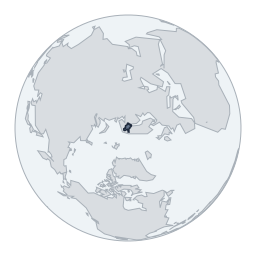 Lapland highlighted on a globe, orthographic projection, rotated 221°
{"feature_id": "FIN-3176", "entity_name": "Lapland", "entity_type": "Province", "adm_level": 1, "iso_a3": "FIN", "parent_name": "Finland", "parent_adm1": "", "projection": "orthographic", "projection_center": [25.412, 67.834], "detail": "coarse", "context": "on_globe", "style": "filled", "palette": "slate", "viewbox_px": 256, "rotation_deg": 221, "n_neighbors": 0, "source": "natural_earth", "source_scale": "10m", "svg_char_len": 11008}
<svg xmlns="http://www.w3.org/2000/svg" viewBox="0 0 256 256"><g transform="rotate(221 128 128)"><circle cx="128" cy="128" r="113" fill="#eef3f6" stroke="#a8b0b8"/><path d="M18.6,101.1L19.7,97.6L20.5,94.8L20.7,93.6L24.5,83.7L27.0,78.7L44.8,52.4L48.0,49.3L50.1,47.9L66.7,37.5L54.6,43.6L59.0,40.3L64.5,37.0L63.8,37.9L70.8,35.3L76.2,32.7L84.8,31.8L90.6,36.0L87.4,36.6L89.1,37.7L93.2,37.1L95.5,36.4L107.2,40.3L120.9,40.5L125.1,38.1L124.3,40.7L132.2,34.6L139.6,33.7L131.3,36.3L130.5,37.8L135.5,37.9L135.8,39.5L138.4,40.6L138.2,42.5L133.4,44.0L133.2,45.4L136.7,45.4L138.9,47.5L133.6,47.2L136.8,50.9L129.3,54.4L115.4,52.7L111.2,56.7L97.0,60.8L98.3,62.2L93.7,64.9L93.5,67.6L90.9,67.7L93.0,69.9L95.4,69.3L97.1,70.0L97.3,71.7L94.0,72.0L93.4,71.3L92.5,72.2L90.8,71.7L91.7,72.9L87.7,73.2L91.8,75.3L88.7,77.6L86.1,77.1L86.2,74.0L80.4,65.8L77.7,64.6L73.8,66.0L66.7,75.0L63.8,75.1L59.9,77.6L61.6,78.9L65.1,77.5L67.2,80.6L71.4,78.6L72.8,79.7L77.1,79.0L76.6,82.6L73.7,86.4L70.1,87.2L68.7,88.9L72.3,91.1L65.6,95.4L61.4,103.5L59.7,104.4L56.2,100.6L56.0,93.2L51.4,88.9L54.4,95.3L50.1,97.5L49.4,99.4L49.7,101.4L51.4,102.0L49.9,103.5L46.4,97.7L47.6,96.2L48.8,98.0L48.6,94.6L46.2,90.9L44.2,92.5L42.7,85.7L41.2,86.7L40.1,85.9L42.5,84.7L38.1,86.9L36.0,80.2L29.9,84.2L35.8,77.2L37.8,73.1L39.7,68.5L38.7,69.1L42.7,62.7L43.9,58.3L41.0,58.9L36.9,63.0L32.9,69.7L33.2,70.6L31.2,75.3L29.3,75.0L25.1,84.3L23.6,86.1L22.0,90.2L20.7,94.3L19.2,99.7L19.2,101.5L18.9,106.1L17.6,108.6L18.4,109.5L17.5,113.8L17.4,124.9L17.1,124.6L16.9,137.0L18.7,148.8L19.1,153.0L18.7,152.9L19.7,156.9L19.8,157.7L25.7,173.5L30.3,182.9L31.1,185.3L30.2,183.9L26.3,176.3L22.9,168.4L20.1,160.3L18.0,152.0L16.4,143.6L15.6,135.1L15.4,126.5L15.8,118.0L16.9,109.5L18.6,101.1ZM28.4,84.8L23.8,97.0L24.8,91.2L24.9,92.0L26.4,88.7L28.7,83.2L30.0,78.4L28.4,84.8ZM137.4,15.8L136.7,15.7L136.8,15.7L137.4,15.8ZM29.9,87.6L30.6,85.7L30.2,87.5L29.9,87.6ZM96.5,35.9L93.3,36.9L89.5,37.0L92.1,35.9L96.5,35.9ZM103.8,36.4L102.4,37.2L100.6,35.7L101.9,35.7L103.8,36.4ZM128.1,36.1L125.4,36.3L127.9,35.5L128.1,36.1ZM138.7,40.4L139.4,39.8L140.5,40.6L138.7,40.4ZM77.1,77.2L77.1,78.1L76.3,77.7L77.1,77.2ZM79.0,76.0L78.1,75.0L78.9,74.3L79.4,75.0L79.0,76.0ZM141.2,44.3L142.7,45.8L140.3,44.6L141.2,44.3ZM80.0,77.5L80.3,73.2L81.7,72.1L84.9,73.7L80.0,77.5ZM143.0,46.9L146.6,50.6L148.4,49.6L145.4,54.5L143.3,49.7L140.1,48.2L142.4,48.1L143.0,46.9ZM96.1,68.4L93.6,69.1L95.6,67.1L96.1,68.4ZM97.0,66.9L100.8,59.8L104.6,59.6L102.6,62.0L107.5,60.7L107.5,64.1L104.8,65.6L102.3,65.0L104.2,66.8L97.0,66.9ZM143.1,56.7L143.2,57.8L142.1,56.9L143.1,56.7ZM98.0,70.2L98.4,68.7L101.8,68.5L101.5,71.4L100.5,70.5L98.0,70.2ZM108.7,58.7L111.2,59.1L111.9,62.0L112.9,62.6L107.8,64.2L108.7,58.7ZM99.8,71.4L101.3,72.9L99.8,74.5L97.8,71.6L99.8,71.4ZM102.7,67.2L104.3,67.3L103.3,68.2L102.7,67.2ZM95.4,81.2L95.9,79.3L97.6,79.0L95.4,81.2ZM102.0,73.4L102.5,72.8L103.2,72.5L103.9,73.8L102.0,73.4ZM108.6,66.2L108.4,67.3L110.8,65.6L111.4,67.8L107.8,68.5L109.6,69.1L109.8,69.8L106.7,69.7L108.6,66.2ZM106.8,74.2L102.5,76.0L101.4,79.5L99.7,79.8L101.9,74.2L106.8,74.2ZM107.0,71.5L106.5,73.3L104.8,72.8L104.0,71.3L107.0,71.5ZM113.0,69.0L113.0,65.5L113.8,65.5L113.0,69.0ZM106.8,75.3L107.8,74.9L106.9,75.6L106.8,75.3ZM111.5,71.0L111.4,69.8L112.3,69.8L111.5,71.0ZM110.0,75.0L108.6,75.6L108.1,74.6L110.0,75.0ZM111.0,73.3L112.2,73.6L108.7,73.9L110.8,72.7L111.0,73.3ZM112.4,71.2L112.8,70.8L112.3,71.7L112.4,71.2ZM112.9,78.6L108.6,79.2L107.4,77.0L111.7,76.6L112.9,78.6ZM106.0,238.5L102.3,237.3L105.5,236.7L104.5,235.2L95.8,228.8L97.7,226.0L95.3,223.9L90.5,222.9L87.7,220.1L84.8,219.0L66.2,211.6L60.5,205.5L53.7,190.9L57.0,189.0L57.5,183.7L80.5,175.5L85.4,179.1L103.5,182.0L105.7,183.3L103.7,188.1L117.3,196.1L121.6,192.4L133.9,195.6L142.0,194.6L144.9,184.9L131.5,186.2L129.2,181.5L139.8,176.3L151.4,174.8L150.9,173.0L143.5,169.9L146.1,165.6L140.9,168.4L143.1,170.2L139.9,172.1L137.7,170.6L138.7,169.1L135.2,168.5L131.3,176.0L133.0,178.6L123.8,180.1L125.9,184.6L123.4,186.6L119.0,179.7L119.4,177.2L111.3,168.7L110.0,171.5L117.6,179.7L115.3,178.9L113.6,183.0L113.0,179.3L105.1,169.8L96.8,169.5L86.2,176.8L81.3,175.6L77.2,171.4L81.0,161.6L91.5,165.4L93.0,162.2L90.8,155.7L94.2,157.5L94.6,155.4L98.5,156.4L104.1,152.6L108.1,153.0L110.3,146.5L112.6,145.9L110.7,149.9L111.5,153.0L121.4,153.8L123.4,152.5L123.9,148.3L126.6,149.1L125.9,144.9L131.6,143.2L124.1,141.8L124.6,137.0L128.0,133.3L126.8,131.6L121.2,137.6L120.2,140.2L121.5,142.8L117.6,150.1L114.2,150.9L113.1,142.6L108.2,142.9L109.5,136.4L123.8,123.9L129.7,121.4L139.6,127.3L138.3,130.5L134.0,130.0L138.0,134.9L137.7,132.4L139.9,133.1L140.9,128.9L142.5,129.3L140.7,124.7L142.8,124.7L143.9,127.6L147.3,121.5L151.6,120.3L151.6,118.8L150.3,117.5L156.7,117.0L156.4,115.9L154.2,115.6L152.2,113.3L151.0,109.0L153.3,109.1L154.0,110.6L158.9,114.0L160.5,118.3L161.3,117.9L160.5,114.2L154.5,110.1L153.2,107.5L156.3,109.0L155.0,108.3L155.1,107.0L157.3,105.9L154.0,104.0L151.6,90.7L155.5,87.4L158.5,90.1L159.2,81.3L163.7,78.5L161.6,78.2L160.6,74.0L159.2,74.8L158.1,74.4L154.7,64.3L155.7,62.1L152.0,57.7L150.9,57.6L150.0,58.9L145.4,54.5L148.4,49.6L150.7,50.1L151.1,46.9L156.1,48.5L160.5,48.4L165.7,52.3L168.7,52.0L168.5,50.7L172.5,49.5L181.2,51.6L174.9,55.3L162.0,54.0L167.4,54.9L166.4,56.4L168.5,57.7L172.2,58.4L172.5,57.4L179.7,67.4L189.2,73.0L188.0,68.2L190.0,66.4L199.7,69.3L212.7,84.0L215.5,82.3L217.6,83.4L219.2,87.5L216.3,85.9L215.5,88.5L213.6,87.1L215.2,93.3L212.6,91.6L215.2,97.4L217.3,97.1L216.8,92.1L220.2,98.1L223.2,95.6L226.7,97.9L231.8,110.7L232.5,120.3L233.2,121.7L231.9,123.9L232.5,129.9L236.9,128.9L237.7,130.5L237.6,140.0L237.2,139.1L233.7,144.9L234.8,149.9L237.5,146.3L238.5,147.3L237.2,151.2L235.9,150.6L234.7,152.6L233.8,148.9L230.3,146.9L228.9,152.6L227.8,150.4L222.9,150.7L220.2,158.6L216.6,174.0L218.1,180.0L216.1,185.5L208.6,183.2L205.0,178.5L202.5,181.7L194.7,180.9L181.7,189.2L179.7,188.1L177.3,190.5L171.8,190.9L168.7,188.6L165.4,190.2L173.7,196.1L177.2,194.2L179.9,189.2L181.6,191.7L186.9,191.5L181.6,201.8L162.1,215.5L160.0,211.1L143.9,198.9L144.3,196.8L144.2,196.6L144.0,196.2L142.8,199.7L139.9,196.6L148.7,206.9L150.3,211.1L161.8,215.8L160.8,216.9L164.4,217.2L175.8,211.1L175.9,212.6L170.7,221.1L154.8,232.4L156.8,234.9L155.4,236.7L145.3,239.2L145.6,239.3L137.7,240.2L129.8,240.6L121.8,240.5L113.9,239.8L106.0,238.5ZM72.7,183.2L72.1,184.8L72.7,183.2ZM164.0,177.7L170.8,175.3L167.3,170.1L169.7,168.8L167.6,167.6L167.0,169.8L162.0,166.0L164.8,162.9L163.7,160.2L161.4,160.9L157.1,167.4L164.3,172.7L162.9,175.9L164.0,177.7ZM17.5,125.3L17.3,127.1L17.2,125.3L17.5,125.3ZM24.2,91.2L23.6,93.5L23.0,95.0L23.3,93.4L24.2,91.2ZM21.3,110.2L21.0,113.0L21.0,110.4L21.3,110.2ZM23.3,98.9L21.5,108.0L21.4,103.4L22.7,97.7L22.3,101.1L23.3,98.9ZM28.5,87.7L28.0,89.2L27.6,89.1L28.5,87.7ZM29.6,88.9L29.7,88.4L30.3,87.5L29.6,88.9ZM50.3,97.8L50.5,98.3L50.5,100.4L49.7,99.6L50.3,97.8ZM54.7,109.1L52.2,111.4L53.5,109.1L52.0,108.4L52.8,102.8L58.9,104.5L56.0,104.7L54.7,109.1ZM55.5,96.0L54.3,99.2L55.4,95.6L55.5,96.0ZM92.9,143.2L94.3,145.2L92.8,147.4L87.7,147.2L89.8,144.0L92.9,143.2ZM96.5,147.6L96.9,139.6L100.1,139.5L98.3,140.9L100.3,141.6L97.9,144.1L100.6,152.0L99.4,154.5L90.6,152.5L94.1,151.8L92.6,149.8L96.5,147.6ZM92.3,120.3L92.5,117.1L99.1,121.0L98.2,123.5L93.0,123.4L91.2,120.4L92.3,120.3ZM85.5,81.4L85.2,80.1L86.1,80.0L87.1,81.0L85.5,81.4ZM95.5,80.3L88.0,86.7L87.2,85.6L83.8,90.9L80.4,90.0L82.7,86.6L77.6,89.9L78.3,86.5L75.0,89.1L80.6,81.6L81.1,78.8L81.8,82.3L84.9,83.1L86.4,82.7L91.0,79.2L93.5,73.7L97.0,73.8L98.8,75.3L98.7,76.6L96.5,76.1L98.0,78.3L94.7,78.6L95.5,80.3ZM117.7,95.0L115.1,93.5L117.6,98.5L114.3,98.6L114.8,99.2L112.4,100.7L110.4,103.5L108.9,103.1L108.8,104.4L107.2,105.5L106.5,107.1L103.6,107.0L102.5,109.0L101.7,107.8L100.6,111.4L100.1,108.6L98.1,109.8L99.7,111.9L85.5,107.5L80.0,108.0L75.7,110.0L75.4,105.2L79.2,100.3L85.1,96.3L90.4,96.6L89.3,94.4L91.6,93.9L91.5,95.8L93.0,92.7L94.8,92.8L100.0,89.6L100.9,85.0L102.9,83.8L103.4,85.7L104.9,83.2L107.3,85.9L108.7,85.1L112.4,87.0L112.7,91.1L114.2,89.9L117.1,91.4L117.7,95.0ZM113.8,79.2L114.9,84.0L113.6,86.5L107.6,82.1L106.0,82.5L102.1,79.9L104.1,76.4L105.0,77.4L106.4,77.7L105.2,78.7L107.2,78.0L108.5,79.5L110.4,79.4L110.2,81.0L113.8,79.2ZM108.3,181.8L110.1,182.3L112.8,182.4L111.8,185.0L108.3,181.8ZM102.8,175.4L104.4,175.4L104.3,179.0L102.5,178.5L102.8,175.4ZM105.3,172.3L104.4,175.1L103.8,173.3L105.3,172.3ZM112.1,149.7L113.8,149.4L114.0,150.4L113.0,151.8L112.1,149.7ZM124.3,110.2L123.0,108.8L123.5,108.2L122.8,104.3L125.2,104.0L126.5,106.2L124.3,110.2ZM142.6,186.9L140.2,189.0L139.0,188.3L140.0,187.7L142.6,186.9ZM125.3,187.9L129.2,189.1L125.0,188.6L125.3,187.9ZM126.8,109.2L126.2,107.6L127.7,108.4L126.8,109.2ZM126.8,103.5L128.7,104.1L125.3,103.5L126.8,103.5ZM160.5,235.8L163.3,234.6L169.4,232.1L172.4,230.2L174.0,230.3L169.7,232.6L160.5,235.8ZM238.1,152.0L237.2,155.3L233.3,159.7L234.7,156.1L238.3,148.9L238.2,150.2L239.0,147.1L238.9,147.8L238.1,152.0ZM240.0,139.6L239.9,139.4L240.0,137.0L240.3,134.3L239.8,119.8L239.9,117.2L240.4,122.1L240.4,121.1L240.6,130.3L240.0,139.6ZM218.6,180.1L221.0,180.8L219.7,183.2L218.6,180.1ZM238.4,112.6L239.4,118.6L238.1,112.3L238.4,112.6ZM237.0,107.9L237.5,108.6L237.1,109.4L237.0,107.9ZM234.3,123.1L234.1,126.1L233.5,125.5L233.5,121.3L234.3,123.1ZM229.3,99.8L231.3,101.9L232.0,103.1L230.9,103.2L229.3,99.8ZM146.2,104.9L144.6,110.7L145.1,114.9L147.8,117.1L143.3,116.5L142.6,110.1L146.2,104.9ZM150.7,92.4L148.3,90.7L149.7,89.9L150.5,90.2L150.7,92.4ZM148.9,92.5L145.2,93.3L144.2,91.3L147.3,91.0L148.9,92.5ZM136.0,101.2L135.4,102.9L134.1,102.2L136.0,101.2ZM238.4,105.9L238.4,107.5L239.0,110.9L237.3,102.9L237.7,102.7L238.4,105.9ZM237.6,105.1L238.2,108.4L237.2,104.3L237.6,105.1ZM238.0,108.5L237.5,107.7L237.3,105.8L238.0,108.5ZM237.4,103.8L236.3,101.4L236.7,101.4L237.4,103.8ZM236.1,106.2L236.7,103.4L236.9,108.6L234.4,105.4L234.1,102.8L236.1,106.2ZM218.3,78.5L217.0,78.2L216.0,75.7L217.2,76.6L218.3,78.5ZM211.6,67.7L215.3,75.0L218.1,81.1L218.4,79.8L221.1,82.5L219.4,83.6L215.7,78.2L214.0,73.9L211.5,72.1L208.8,68.4L205.9,67.5L204.0,65.6L206.2,65.1L211.6,67.7ZM204.7,67.4L198.6,65.0L197.8,61.1L198.9,60.7L202.1,63.4L202.3,65.3L204.7,67.4ZM196.9,63.3L197.0,65.2L188.4,66.3L186.3,65.6L192.5,62.5L193.0,64.1L195.2,64.6L196.9,63.3ZM144.4,57.6L143.3,57.8L143.9,56.9L144.4,57.6ZM157.3,74.9L156.0,74.2L156.7,73.1L157.3,74.9ZM152.6,71.5L152.8,73.3L151.7,71.4L152.6,71.5ZM153.3,77.2L152.4,74.0L154.7,77.1L153.3,77.2Z" fill="#d9dde1" stroke="#a8b0b8" stroke-width="1"/><path d="M129.6,123.6L130.5,124.3L130.7,124.7L130.4,125.2L130.5,125.6L130.1,125.9L130.4,126.0L130.2,126.6L130.4,127.2L130.9,127.4L131.4,128.2L130.8,129.7L131.2,130.6L130.6,130.6L130.5,130.9L130.7,131.1L130.5,131.3L130.7,131.5L130.4,131.5L130.4,131.9L129.6,131.7L129.2,132.2L128.6,132.0L127.7,132.4L127.4,132.3L127.3,132.1L127.4,131.8L127.0,132.0L126.6,131.0L126.9,130.0L126.6,129.3L126.8,128.8L126.5,128.7L126.6,127.9L126.1,126.9L125.6,126.7L124.6,125.5L125.4,125.1L125.9,126.2L126.4,126.4L126.9,126.1L127.6,126.6L128.3,125.7L128.2,125.3L128.4,124.4L128.8,123.9L129.6,123.6Z" fill="#64748b" stroke="#1e293b" stroke-width="1.5"/></g></svg>